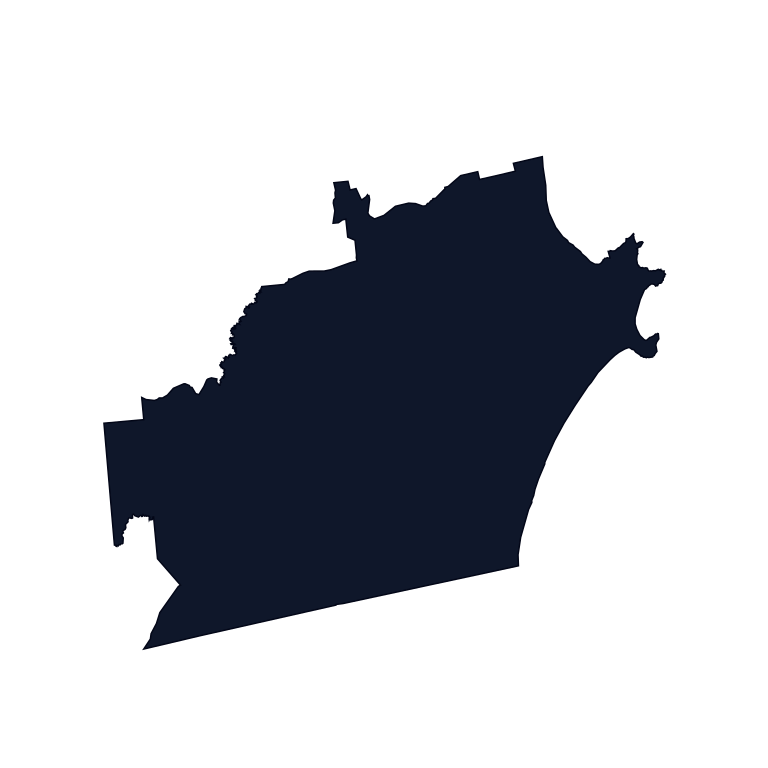 the district of Glenelg, Victoria, Australia, rotated 257°
{"feature_id": "25037944B68247262621131", "entity_name": "Glenelg", "entity_type": "district", "adm_level": 2, "iso_a3": "AUS", "parent_name": "Australia", "parent_adm1": "Victoria", "projection": "mercator", "projection_center": [141.502, -37.891], "detail": "fine", "context": "isolated", "style": "filled", "palette": "ink", "viewbox_px": 768, "rotation_deg": 257, "n_neighbors": 0, "source": "geoboundaries", "source_scale": "gbopen_adm2", "svg_char_len": 6140}
<svg xmlns="http://www.w3.org/2000/svg" viewBox="0 0 768 768"><g transform="rotate(257 384 384)"><path d="M408.8,102.3L287.7,85.1L287.1,86.5L286.4,86.3L285.8,87.1L286.7,87.5L286.0,88.7L287.2,89.5L286.6,90.6L287.4,91.5L287.2,93.1L287.6,93.8L292.7,95.3L295.0,94.5L296.8,95.0L297.5,96.6L299.6,96.3L300.6,99.0L302.0,100.1L305.3,100.5L307.3,103.6L309.1,103.8L310.8,105.1L310.9,105.7L309.8,108.0L310.0,108.9L312.9,109.4L313.6,110.2L313.5,110.7L311.7,111.6L309.6,114.8L310.7,117.0L310.3,118.3L309.5,118.1L309.4,118.9L311.0,119.9L309.2,120.9L309.7,122.3L308.7,122.5L308.4,125.2L307.8,125.6L307.3,124.5L307.4,125.6L306.3,125.8L305.5,124.8L304.5,124.7L304.9,125.0L304.1,126.1L304.1,127.7L305.7,128.8L306.3,128.6L306.3,129.6L264.7,124.0L233.8,140.5L233.0,138.1L211.7,114.2L201.8,108.4L193.1,100.9L188.1,99.0L179.8,90.3L180.1,147.2L179.4,287.5L180.0,287.7L179.3,294.7L176.6,474.1L187.5,476.2L203.9,482.7L229.3,496.7L235.3,501.4L237.4,501.8L241.7,504.8L247.4,507.4L256.8,513.2L269.8,522.6L271.7,523.2L290.6,537.5L305.5,550.7L320.0,565.2L336.2,582.5L338.9,586.2L347.1,595.1L356.7,609.6L360.0,615.4L362.1,620.1L364.0,626.5L364.5,630.5L363.9,631.8L361.9,633.5L361.3,635.1L358.4,636.5L355.0,639.8L353.2,640.8L353.2,642.1L351.8,642.7L351.3,644.7L350.6,645.4L350.9,646.6L350.2,648.0L349.9,651.9L350.7,652.5L351.0,653.7L352.8,655.2L354.4,657.3L360.8,657.6L363.3,658.9L366.1,661.9L371.3,662.6L371.7,661.8L371.2,660.9L371.6,659.8L370.3,657.8L369.5,654.6L369.6,653.5L367.6,649.9L367.6,648.9L368.6,647.5L373.7,644.3L380.5,642.6L386.1,642.2L392.1,643.6L408.7,652.7L417.4,659.1L418.0,661.2L419.2,662.4L419.4,663.3L419.9,663.3L421.4,667.3L420.2,669.8L418.3,670.7L418.6,672.0L418.3,672.2L418.3,672.8L420.0,673.9L420.2,675.4L419.9,676.4L420.4,676.7L420.5,677.5L422.3,678.6L422.4,679.4L424.7,680.0L425.0,680.5L424.7,680.5L426.1,681.9L427.2,681.9L427.7,682.9L429.6,681.7L431.0,682.4L431.5,680.1L432.3,680.1L432.3,679.5L433.1,679.4L433.0,679.0L433.4,679.2L433.3,677.7L434.1,677.0L433.2,674.0L433.9,672.0L433.7,669.9L434.2,669.6L434.3,667.8L435.6,666.9L437.6,666.6L438.3,665.4L438.5,663.1L439.3,662.2L439.4,660.7L440.8,658.9L441.7,659.0L443.6,657.9L448.5,658.2L452.9,659.7L453.8,660.7L454.5,660.4L457.6,661.4L459.0,660.7L459.0,661.4L459.9,662.8L460.1,664.8L463.7,668.2L464.6,667.5L464.8,664.9L463.7,662.1L464.7,661.0L470.3,660.2L470.8,660.6L472.9,660.4L473.8,661.2L474.4,660.8L471.7,657.1L471.3,655.7L470.6,655.3L471.1,652.6L468.5,651.9L467.4,651.0L467.0,649.0L463.5,643.5L463.8,643.1L464.3,643.5L461.8,639.2L462.1,636.7L463.3,633.8L462.2,635.8L462.8,632.3L456.0,632.6L456.1,631.4L456.9,629.8L456.4,628.9L456.8,627.3L456.1,626.7L455.7,625.5L454.6,624.8L452.9,622.6L452.2,620.6L453.3,616.4L456.9,612.3L462.1,609.3L466.3,606.1L468.9,605.2L474.5,600.5L476.8,599.5L480.3,595.6L482.6,595.1L487.2,591.3L497.0,587.0L498.2,585.9L497.7,586.6L514.1,583.2L526.4,583.4L541.3,586.3L559.3,587.7L569.9,589.4L569.9,559.7L561.8,559.9L561.7,539.6L561.8,523.1L569.8,523.1L569.8,505.6L562.0,490.9L561.9,487.5L560.0,487.1L559.8,486.2L553.3,476.0L553.6,473.4L552.3,472.5L551.8,470.7L549.9,468.3L550.1,467.0L548.2,464.9L548.6,461.8L552.7,455.3L554.7,448.7L554.6,435.1L548.3,421.9L547.0,411.8L551.1,407.7L554.1,406.7L567.0,411.5L570.9,411.7L570.9,410.9L572.1,410.5L570.4,408.6L568.4,403.8L569.7,403.0L580.7,400.7L580.7,394.6L589.6,394.5L591.4,380.4L583.7,380.4L581.2,379.2L576.2,378.5L574.5,376.3L571.7,375.3L563.9,375.1L552.1,370.5L551.4,375.9L553.3,380.5L553.2,383.9L535.3,381.7L530.6,388.1L515.8,386.2L513.1,385.4L510.1,385.4L509.7,378.1L507.3,358.2L507.5,351.1L510.8,336.5L510.1,329.9L507.3,318.2L507.2,316.5L507.8,314.9L505.3,313.6L504.6,311.1L503.4,309.6L506.4,286.8L505.7,286.7L505.0,285.7L503.4,285.4L503.5,284.5L503.0,284.5L502.7,283.6L501.4,284.7L501.4,283.6L500.6,283.4L501.3,282.6L500.2,280.8L500.6,280.3L499.8,279.2L499.0,280.0L498.1,279.5L497.5,280.0L495.8,278.3L496.5,277.7L496.3,277.2L495.6,277.7L494.4,277.4L493.1,279.0L492.5,278.8L492.6,278.1L491.8,277.7L492.0,276.7L492.5,276.5L491.1,274.7L491.4,273.5L492.0,273.7L492.5,273.0L491.7,272.1L492.0,271.1L490.6,269.5L489.3,270.3L488.4,269.8L488.3,269.2L489.7,268.4L489.8,267.9L490.2,268.0L490.6,267.1L489.3,266.9L488.6,265.2L486.0,263.7L483.6,264.6L483.1,265.8L481.7,265.2L481.2,262.9L481.6,261.8L480.9,259.3L480.1,258.1L479.3,257.5L479.2,258.3L478.5,258.1L477.3,258.9L476.9,258.0L477.4,256.9L475.6,256.5L475.6,256.1L475.0,256.4L476.2,254.4L474.3,253.4L474.6,251.2L473.9,251.2L473.5,252.2L472.5,251.3L471.9,252.1L471.3,251.9L471.0,250.9L473.3,250.5L473.0,249.2L471.7,249.2L472.5,248.5L472.0,247.7L471.2,247.7L470.6,246.7L468.9,247.1L468.8,247.6L467.7,246.8L467.6,247.7L467.1,247.9L466.1,247.6L466.4,248.6L463.9,248.9L462.9,248.0L463.4,247.4L462.2,246.3L462.7,245.9L462.4,245.4L463.3,245.7L463.8,244.9L463.0,244.1L462.8,244.9L461.4,243.9L460.8,244.6L460.1,244.5L459.7,245.9L459.0,246.2L458.7,245.5L458.0,245.5L457.7,243.7L456.8,244.0L457.2,247.0L456.4,247.8L456.3,246.7L455.7,246.3L455.8,245.8L455.0,245.8L454.5,245.3L453.8,245.7L453.7,245.0L452.9,244.6L452.6,245.0L453.1,245.7L452.1,246.6L452.9,247.4L452.6,248.1L451.3,247.8L451.1,247.1L451.6,246.7L451.1,246.1L450.6,246.5L450.0,246.2L450.3,247.1L450.0,247.4L449.2,247.5L449.0,246.8L448.4,247.2L447.9,246.6L447.1,247.3L445.5,245.3L446.2,244.4L445.8,242.8L447.5,240.7L446.9,240.1L446.9,239.4L446.1,238.8L444.9,239.1L445.0,238.3L444.3,238.0L446.0,236.8L446.4,235.8L446.0,235.4L444.5,236.3L445.1,235.4L444.7,235.0L445.2,234.9L445.2,233.7L443.4,235.0L443.1,233.8L441.8,233.4L441.3,232.4L442.2,231.0L441.0,230.7L441.2,229.7L439.3,229.8L439.7,228.6L439.2,228.3L437.5,228.9L437.3,229.7L436.5,229.3L436.2,230.5L435.4,230.3L434.9,231.6L433.8,232.2L433.4,231.9L434.0,231.4L432.0,231.2L431.1,230.2L430.0,231.1L429.3,230.9L428.5,229.7L426.9,230.1L427.3,228.2L425.9,228.5L426.3,227.4L424.7,225.4L424.2,225.1L422.4,225.7L422.0,224.7L419.7,223.9L419.7,223.4L423.4,221.3L426.5,222.3L428.8,217.2L428.5,213.5L427.8,212.2L422.0,207.9L415.3,201.3L417.0,198.3L423.8,196.2L424.6,194.4L426.4,193.9L429.0,190.2L429.2,188.8L427.2,177.8L421.9,170.5L420.2,165.0L421.0,161.8L419.9,159.7L419.6,156.6L422.4,148.6L425.4,144.9L403.3,141.9L408.8,102.3Z" fill="#0f172a" stroke="#020617" stroke-width="1.5"/></g></svg>